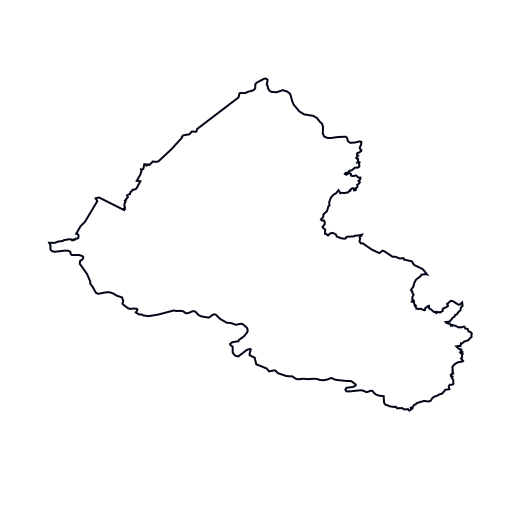 Coyaima, Tolima, Colombia, rotated 262°
{"feature_id": "7082276B89434947154021", "entity_name": "Coyaima", "entity_type": "district", "adm_level": 2, "iso_a3": "COL", "parent_name": "Colombia", "parent_adm1": "Tolima", "projection": "equal_earth", "projection_center": [-75.157, 3.75], "detail": "fine", "context": "isolated", "style": "outline", "palette": "ink", "viewbox_px": 512, "rotation_deg": 262, "n_neighbors": 0, "source": "geoboundaries", "source_scale": "gbopen_adm2", "svg_char_len": 6093}
<svg xmlns="http://www.w3.org/2000/svg" viewBox="0 0 512 512"><g transform="rotate(262 256 256)"><path d="M419.4,262.3L415.5,260.8L389.9,215.3L387.8,214.5L387.4,213.8L388.2,209.7L385.8,207.1L385.6,200.9L384.4,199.2L383.4,199.1L373.2,186.7L363.4,172.7L363.1,171.3L363.4,168.6L364.0,167.1L361.0,163.2L361.7,162.0L360.9,161.0L360.8,160.2L361.8,160.4L362.5,158.2L357.9,156.5L357.5,155.3L357.8,154.2L356.0,154.3L352.9,152.9L352.5,153.5L352.6,152.7L347.1,148.4L346.1,151.9L339.4,146.9L338.7,145.1L338.8,143.4L338.3,143.1L338.3,142.5L337.1,141.4L336.8,140.5L334.8,139.8L334.7,138.5L334.0,136.7L332.1,137.3L330.2,135.0L329.7,135.2L328.9,133.8L327.7,134.3L326.5,133.2L324.5,132.7L321.9,133.0L321.4,131.9L320.4,132.5L319.8,131.8L335.8,108.7L335.4,105.2L332.4,106.5L313.8,91.5L309.8,86.3L303.0,81.0L302.5,82.3L301.3,83.1L298.9,82.7L298.1,81.8L298.3,79.9L297.4,78.9L297.8,78.1L297.0,77.4L297.2,76.0L297.9,76.0L298.6,73.6L298.4,67.7L297.7,66.6L297.9,62.4L297.0,58.5L297.9,53.0L295.0,53.9L291.5,53.4L290.2,53.9L289.0,55.0L288.2,57.2L287.9,68.0L287.2,71.1L286.2,72.6L283.8,72.8L282.6,73.8L281.6,81.0L280.1,84.0L279.3,84.7L278.3,84.7L276.7,83.5L275.6,81.1L272.8,80.4L261.6,86.2L253.9,88.3L251.5,88.1L247.8,90.1L242.0,92.3L240.5,94.3L240.9,101.8L240.6,105.6L238.8,109.3L236.0,112.7L233.7,117.5L230.1,118.3L227.5,117.2L226.6,117.5L221.8,122.3L221.0,124.9L221.1,126.9L220.4,130.5L219.2,131.1L216.8,129.1L214.4,132.1L214.0,134.7L212.9,136.0L211.4,141.2L211.6,151.0L213.5,166.9L212.7,169.3L212.0,174.4L211.3,176.3L209.0,178.6L208.9,181.2L210.1,185.3L209.9,187.4L208.7,188.8L206.0,190.4L204.0,193.0L201.5,200.7L203.9,205.2L204.0,206.8L203.4,208.1L198.7,211.7L194.0,217.7L193.0,222.1L190.7,226.5L191.0,231.9L190.3,233.4L186.7,236.7L185.0,237.3L183.0,237.4L181.3,236.3L178.1,232.9L175.4,227.6L174.0,226.7L174.0,221.8L173.5,219.6L172.6,218.2L171.7,218.1L169.3,220.3L163.9,219.5L162.2,220.1L160.0,221.8L159.0,224.5L164.3,233.9L164.8,237.1L164.3,237.8L159.9,236.0L158.6,235.9L155.5,240.5L148.7,241.2L143.2,250.8L139.9,252.9L140.2,257.8L139.9,259.3L136.9,261.4L132.8,269.6L131.7,275.3L129.2,277.9L128.1,280.1L127.8,286.2L126.9,289.9L126.3,297.0L125.3,300.4L124.3,301.9L123.6,305.9L123.7,309.3L124.5,312.0L124.6,314.0L122.6,316.9L121.9,319.1L119.6,328.4L118.9,332.9L114.8,336.9L114.0,336.8L113.3,335.5L112.8,333.1L112.9,327.2L111.2,325.9L109.4,326.7L108.9,329.6L108.5,340.7L108.1,342.6L105.8,346.6L106.5,350.9L106.3,352.4L103.0,354.6L101.8,356.0L100.3,359.2L99.5,362.9L93.0,362.4L91.2,363.1L90.2,364.2L89.8,365.7L88.6,367.2L87.3,371.7L87.3,373.5L85.6,374.4L85.0,379.7L83.4,381.4L83.2,385.2L81.9,385.8L81.6,386.6L83.0,389.1L83.5,388.2L84.1,388.1L84.8,390.5L86.6,391.9L86.8,393.3L88.0,394.9L89.1,402.1L87.9,406.7L88.4,408.9L90.1,410.2L91.6,412.2L92.7,416.8L93.4,418.2L93.8,421.2L97.2,424.9L97.2,429.0L100.0,428.7L101.5,429.9L101.2,432.1L101.8,433.6L105.9,434.1L107.7,433.0L109.2,433.8L109.6,432.4L111.2,432.3L112.0,434.6L112.7,434.0L113.7,435.0L115.2,434.5L116.0,435.1L118.7,434.9L121.0,437.4L122.6,440.8L122.8,445.8L123.3,446.5L125.9,444.8L127.1,446.1L128.9,446.0L130.1,447.0L131.3,445.4L132.2,447.0L132.7,446.5L132.8,445.3L133.7,446.2L134.2,445.8L134.9,446.2L135.7,444.2L138.6,441.8L138.7,444.4L138.3,445.9L141.0,446.8L140.7,447.8L142.4,450.6L142.9,454.2L146.0,458.2L148.0,458.3L149.0,459.0L150.7,458.0L151.8,456.0L154.3,455.4L155.0,453.2L156.9,452.7L157.2,451.0L156.6,449.3L157.3,447.6L157.1,446.6L158.8,444.3L160.4,440.7L160.3,440.2L159.7,440.2L159.8,439.3L161.5,439.0L163.2,435.2L164.2,434.6L164.1,438.6L167.6,442.5L168.4,444.2L169.8,444.9L170.3,446.9L171.7,447.9L173.8,450.9L176.4,451.7L177.8,453.6L181.3,453.7L179.6,451.3L179.6,449.7L184.0,444.5L184.5,442.7L181.9,438.5L180.2,439.2L179.4,438.8L177.8,433.7L175.6,433.2L174.4,430.3L175.2,429.1L174.5,426.7L175.7,426.7L175.5,425.2L176.3,423.9L178.6,422.1L179.9,420.2L182.6,420.3L182.4,418.9L181.5,418.2L181.2,416.6L179.1,415.9L178.8,415.1L180.9,411.7L181.0,409.0L181.5,407.4L182.8,407.5L184.4,406.4L184.8,407.2L186.7,405.9L188.4,406.1L189.0,404.3L189.9,405.8L190.9,404.6L191.4,405.2L193.4,405.0L195.9,406.7L198.0,405.6L199.2,406.0L200.1,404.9L200.9,404.8L203.8,407.6L207.5,409.1L210.3,411.2L213.2,416.2L214.5,417.4L214.4,421.8L214.0,422.7L218.9,419.9L220.3,418.6L225.1,411.3L229.0,409.6L231.9,402.0L233.3,401.8L233.6,397.7L235.7,394.3L236.3,391.1L242.7,383.9L243.7,382.1L241.8,378.8L242.1,377.9L246.2,371.6L253.6,363.6L254.0,361.5L256.2,360.5L258.5,361.5L259.6,361.2L260.7,361.8L261.1,363.0L262.4,363.9L262.1,361.2L262.3,356.9L261.8,355.5L262.4,348.7L262.1,348.0L261.0,347.3L260.8,346.1L261.6,343.1L264.0,338.7L266.4,338.0L268.0,335.4L268.3,334.6L268.0,332.5L266.3,330.2L268.0,328.6L268.3,327.4L272.6,328.2L274.1,326.6L275.5,325.9L278.1,328.6L280.6,328.7L281.8,328.2L281.9,326.1L283.2,325.4L285.3,328.0L287.9,328.6L290.5,332.5L295.1,334.6L295.8,335.8L298.9,335.9L303.4,338.3L305.8,341.1L306.9,343.9L309.7,346.9L306.4,348.2L306.7,349.4L306.0,352.1L306.2,356.1L307.3,357.2L307.4,358.4L308.5,358.6L309.7,360.9L309.3,362.3L307.4,362.2L307.3,363.9L309.3,364.4L310.1,365.9L310.8,366.2L312.4,366.1L313.1,367.6L314.5,369.1L316.1,368.0L316.6,369.1L318.1,370.3L319.2,370.3L319.3,368.4L321.9,366.2L321.6,363.6L321.9,362.2L322.5,361.2L324.1,361.4L324.8,360.6L325.0,359.5L323.9,356.7L324.9,355.4L325.7,356.2L326.0,359.2L327.4,360.3L327.4,362.5L329.7,366.3L329.4,369.5L330.2,370.7L331.9,371.0L333.1,370.7L334.3,371.6L334.7,371.1L334.6,369.4L335.7,370.3L338.0,370.6L338.6,369.1L339.3,368.9L341.2,371.1L342.2,370.0L343.8,370.7L344.2,372.8L345.4,374.9L346.4,375.0L347.0,374.1L348.9,373.8L351.5,375.5L354.3,376.2L355.1,374.7L354.6,369.8L354.9,365.6L355.4,364.5L356.8,363.1L360.6,362.5L361.7,361.2L362.4,353.6L362.4,346.2L363.1,342.9L364.9,340.1L368.0,339.2L374.4,340.3L377.6,339.9L380.4,337.7L384.1,335.6L386.8,332.2L389.6,323.3L393.2,319.0L400.6,314.4L403.8,313.5L411.7,312.4L414.5,309.8L416.5,305.6L415.3,299.1L416.5,293.8L417.9,292.3L420.5,291.2L422.6,291.3L424.1,290.5L428.7,292.0L429.8,291.2L430.4,290.2L430.4,288.8L427.6,280.9L426.2,279.2L422.3,278.6L421.2,277.6L420.4,276.0L419.7,270.8L418.8,267.9L419.5,264.7L419.4,262.3Z" fill="none" stroke="#020617" stroke-width="2"/></g></svg>